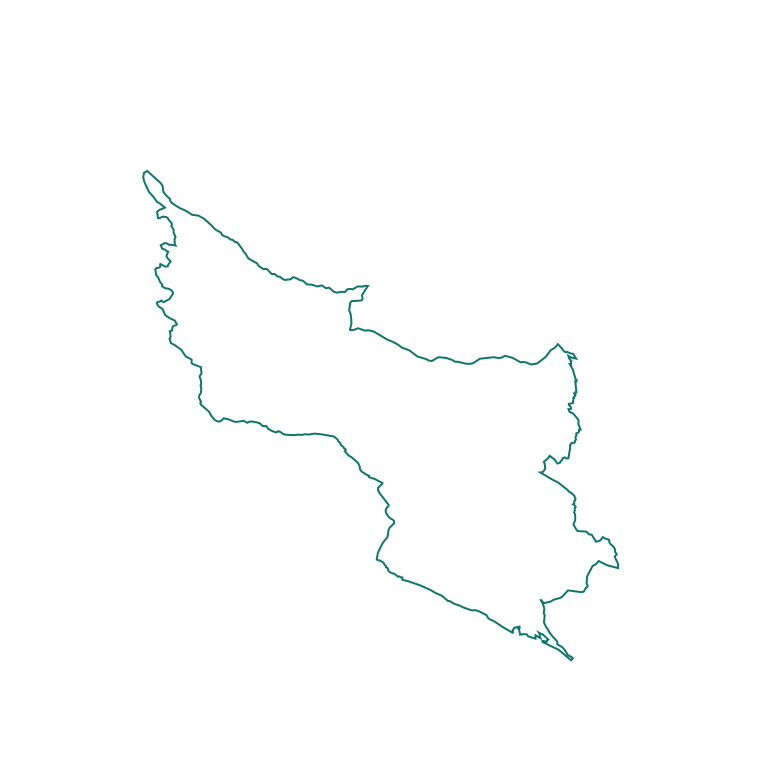 Copacabana, Antioquia, Colombia (Equal Earth projection), rotated 309°
{"feature_id": "7082276B76500841891057", "entity_name": "Copacabana", "entity_type": "district", "adm_level": 2, "iso_a3": "COL", "parent_name": "Colombia", "parent_adm1": "Antioquia", "projection": "equal_earth", "projection_center": [-75.502, 6.36], "detail": "fine", "context": "isolated", "style": "outline", "palette": "teal", "viewbox_px": 768, "rotation_deg": 309, "n_neighbors": 0, "source": "geoboundaries", "source_scale": "gbopen_adm2", "svg_char_len": 6152}
<svg xmlns="http://www.w3.org/2000/svg" viewBox="0 0 768 768"><g transform="rotate(309 384 384)"><path d="M524.4,494.0L519.8,494.0L515.3,492.3L506.7,492.6L496.3,490.1L491.7,485.9L490.1,480.7L488.6,478.1L486.8,476.4L485.2,467.3L482.0,460.3L478.6,458.8L476.7,457.3L473.7,452.2L464.1,442.7L456.1,440.1L453.5,437.8L451.1,434.5L447.8,427.5L445.9,425.0L445.7,422.3L443.5,416.1L439.6,410.1L438.0,408.9L432.1,406.8L430.5,404.3L429.7,400.6L426.4,392.7L426.1,382.7L423.5,374.9L423.4,370.2L422.4,364.7L420.5,358.3L418.4,343.3L416.2,338.5L413.3,335.3L411.2,329.3L410.4,328.3L406.9,326.4L404.7,323.8L404.9,323.2L410.1,320.9L413.7,317.8L417.4,314.0L419.4,310.5L425.9,306.6L428.1,306.8L434.3,313.5L435.7,314.0L436.6,313.8L439.3,310.9L450.0,309.8L448.1,307.2L446.0,305.9L443.4,302.2L437.9,300.1L436.3,297.5L434.6,296.0L431.0,295.8L428.8,292.9L425.0,289.5L424.1,286.3L424.3,280.7L421.9,278.5L421.5,273.6L418.0,271.0L415.7,265.4L413.0,261.5L413.2,256.1L411.6,252.7L411.3,250.1L410.3,247.1L409.6,246.0L406.6,245.5L402.5,241.5L401.9,239.6L401.9,235.9L400.6,233.4L400.6,229.6L398.8,227.6L399.6,220.8L399.1,219.5L397.7,218.3L397.2,217.1L396.9,212.3L397.9,209.3L396.2,199.7L398.0,194.6L398.6,191.4L399.6,189.2L401.6,181.1L400.5,178.2L400.8,175.8L399.8,174.0L399.5,169.7L398.4,166.9L398.0,164.3L399.1,162.0L398.1,157.2L398.0,154.3L398.7,149.7L399.2,139.8L398.0,133.7L394.8,128.5L393.9,120.9L392.1,114.1L391.1,105.4L391.6,102.9L393.2,101.0L393.4,96.2L394.1,92.9L395.1,90.8L398.6,87.4L399.6,84.0L400.6,65.9L397.0,64.6L393.0,66.9L390.0,71.0L385.4,80.3L384.3,87.1L382.6,93.2L383.3,96.3L383.2,102.8L378.1,100.0L375.1,99.3L370.7,104.0L370.8,104.5L375.1,107.0L376.7,109.8L376.9,111.6L376.1,113.3L375.4,117.7L374.1,119.1L372.9,119.2L371.6,123.3L369.3,125.2L367.0,129.5L364.8,130.0L360.8,133.6L360.4,134.8L358.0,130.5L357.1,130.0L356.6,126.7L355.6,125.0L351.3,123.2L349.6,126.5L350.5,129.0L350.6,132.2L351.0,133.0L346.5,134.4L345.5,136.9L345.0,141.0L340.5,141.3L339.4,141.9L337.7,140.4L336.5,134.7L335.0,135.5L334.4,136.4L332.5,135.8L331.2,134.3L329.6,133.8L325.5,138.1L324.8,140.0L324.8,141.3L322.4,145.7L321.8,148.8L320.3,150.1L320.7,153.7L322.3,156.3L323.1,159.6L322.6,161.8L321.3,163.2L315.0,163.8L309.2,161.4L308.7,160.2L308.8,158.4L307.1,158.0L305.1,156.3L303.6,156.7L302.4,160.1L302.9,164.8L299.9,170.5L300.2,175.5L301.6,181.5L300.1,185.5L298.9,185.4L296.3,183.7L294.2,184.3L292.2,185.6L290.3,184.3L286.8,188.3L284.3,188.8L281.7,192.6L282.5,197.0L283.0,204.9L280.6,212.8L281.9,218.8L281.6,219.5L279.5,221.0L279.0,222.4L281.8,231.1L277.4,235.5L273.8,235.9L271.5,239.5L269.2,241.8L267.5,242.3L265.2,245.1L261.8,247.3L258.8,247.6L256.6,249.3L255.0,253.1L253.4,253.3L252.7,254.9L252.4,265.5L250.3,270.6L249.6,275.3L250.2,278.2L251.9,280.3L256.5,281.1L258.7,285.5L260.5,291.3L261.5,293.0L267.1,298.2L267.8,302.2L269.9,303.0L271.7,304.9L274.1,309.2L275.3,312.2L275.0,316.1L277.3,319.3L276.3,322.0L276.8,325.7L278.4,330.7L280.8,331.5L281.6,334.2L281.6,337.0L282.6,339.3L287.8,346.5L290.5,349.0L292.8,352.2L295.5,354.4L296.9,356.9L301.8,361.3L306.2,368.2L311.7,378.1L311.7,382.6L310.8,384.4L310.6,387.2L309.5,389.0L309.4,392.3L308.9,393.3L309.1,394.8L308.8,395.8L307.1,395.8L306.4,400.2L306.2,401.7L306.7,404.6L306.3,413.6L304.4,417.4L302.9,418.4L301.9,421.6L302.4,426.6L303.2,430.2L302.3,430.5L302.4,431.8L304.2,436.1L306.1,445.0L305.2,445.5L299.5,444.7L297.4,446.6L296.2,450.0L293.0,463.6L291.9,464.2L289.4,464.1L286.9,464.7L285.1,466.7L283.8,470.7L283.5,473.3L284.1,476.6L283.9,477.8L282.9,479.0L282.1,479.5L275.8,478.8L273.4,479.4L267.1,483.1L260.0,483.0L249.1,485.4L243.0,488.8L243.3,490.3L244.2,491.7L244.8,496.2L243.8,498.3L243.8,500.3L242.8,500.9L243.2,502.9L241.6,504.7L241.5,507.5L243.1,512.1L243.1,516.3L244.2,517.1L244.4,518.9L245.2,520.0L243.4,521.5L245.9,526.8L250.4,539.2L253.3,550.2L253.9,555.2L255.9,562.6L255.6,570.3L256.7,571.8L257.4,577.1L259.2,581.5L260.5,587.0L263.4,594.9L265.6,597.1L267.2,601.0L268.9,609.1L267.7,611.9L267.6,613.9L268.9,618.8L269.8,629.1L271.6,640.5L272.3,640.6L273.8,638.7L275.2,639.1L276.4,638.6L280.7,642.0L279.8,643.0L278.3,642.4L278.0,643.7L275.0,647.4L275.6,647.6L275.9,648.8L277.1,649.4L279.3,652.6L278.6,654.8L281.4,662.0L284.1,659.9L285.0,665.5L285.9,663.9L287.6,662.5L288.2,660.9L288.8,664.2L289.3,664.7L288.8,672.6L287.0,672.0L286.1,672.7L284.6,671.2L285.0,670.4L284.7,669.6L283.7,668.9L283.3,669.8L287.4,687.2L287.0,703.2L289.6,703.4L289.9,702.4L289.1,697.2L290.6,693.4L291.7,688.3L290.8,682.6L292.3,681.4L293.1,679.8L293.8,674.3L295.1,668.7L296.6,665.3L297.2,662.7L299.4,658.3L305.5,654.4L306.2,652.5L310.5,649.8L313.3,645.6L314.7,641.9L315.0,642.2L314.4,644.5L314.6,646.4L319.7,650.4L323.1,651.6L328.0,655.1L330.4,656.3L339.4,656.9L346.5,668.5L348.3,669.9L352.8,669.2L353.9,669.8L355.4,669.2L356.5,667.0L362.4,662.9L374.0,660.6L377.4,662.1L381.5,662.2L383.6,671.6L388.2,681.7L391.5,679.0L395.0,671.9L398.2,672.0L398.9,669.4L400.9,667.7L402.1,664.1L402.1,660.6L402.9,658.5L404.6,657.1L403.2,653.6L402.7,650.4L398.6,650.6L394.9,648.1L397.5,640.4L396.1,637.6L396.6,635.1L396.4,633.8L391.9,627.5L391.6,626.0L394.0,619.7L398.5,618.2L401.5,615.9L403.3,613.9L403.7,612.6L406.2,611.7L407.5,610.3L409.1,610.3L409.6,608.2L409.5,606.6L410.8,607.1L412.7,605.5L413.7,605.8L415.3,605.1L416.9,602.2L417.2,598.3L416.7,595.2L417.2,593.2L417.0,581.2L415.7,575.2L413.6,561.1L415.0,562.5L416.6,562.9L419.7,562.6L423.5,558.7L424.0,557.2L430.1,558.3L432.4,557.9L432.7,563.7L431.3,568.8L433.6,570.3L435.0,569.9L437.3,570.2L438.8,569.5L440.6,570.6L441.0,573.0L442.4,574.0L451.9,568.6L453.4,567.1L456.2,566.9L458.0,568.7L458.9,569.0L459.7,568.2L461.6,568.1L463.3,566.2L465.4,565.8L466.5,564.5L468.7,565.6L470.0,565.3L471.2,564.2L472.3,565.4L475.1,560.4L478.5,557.7L480.1,549.7L479.1,545.7L480.5,543.2L482.5,545.0L483.7,543.6L484.1,540.6L484.9,540.2L488.0,542.8L492.7,539.8L493.2,539.7L493.2,540.3L495.7,539.6L496.2,538.1L496.7,539.1L497.9,537.9L498.7,538.7L506.2,531.2L506.4,531.9L508.3,531.4L508.2,530.1L514.2,521.4L516.3,515.9L517.1,517.1L518.9,515.1L519.9,515.0L520.3,512.0L521.9,509.6L522.3,512.5L524.6,517.3L526.5,512.0L525.3,510.1L524.1,506.0L522.8,504.6L523.0,501.0L523.5,500.5L524.4,494.0Z" fill="none" stroke="#0f766e" stroke-width="2"/></g></svg>